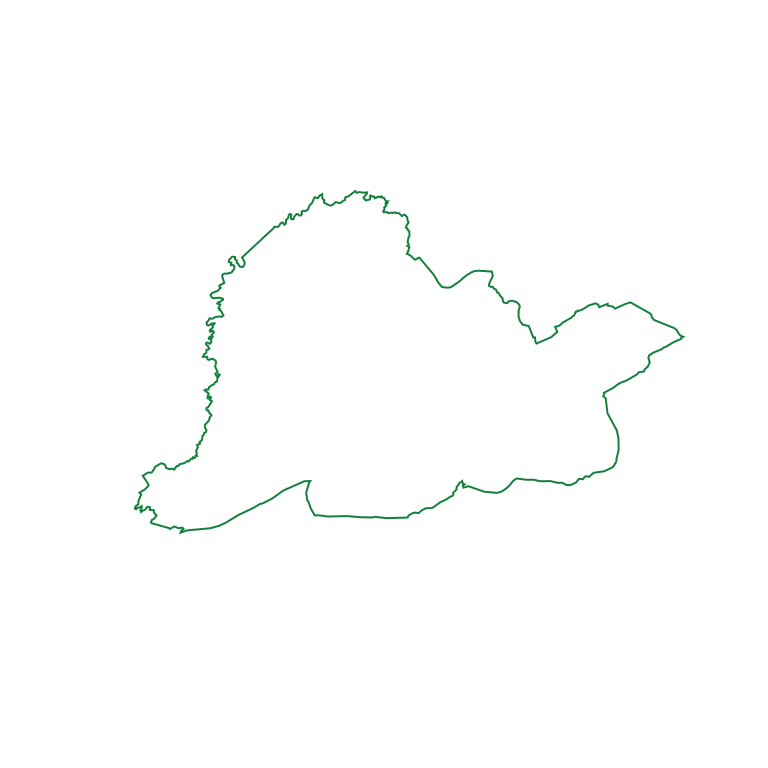 Kong Krailat, Sukhothai, Thailand, rotated 237°
{"feature_id": "78962969B68558189238203", "entity_name": "Kong Krailat", "entity_type": "district", "adm_level": 2, "iso_a3": "THA", "parent_name": "Thailand", "parent_adm1": "Sukhothai", "projection": "equal_earth", "projection_center": [100.025, 16.942], "detail": "fine", "context": "isolated", "style": "outline", "palette": "green", "viewbox_px": 768, "rotation_deg": 237, "n_neighbors": 0, "source": "geoboundaries", "source_scale": "gbopen_adm2", "svg_char_len": 6166}
<svg xmlns="http://www.w3.org/2000/svg" viewBox="0 0 768 768"><g transform="rotate(237 384 384)"><path d="M576.9,435.5L577.1,432.9L576.0,430.0L576.6,428.9L578.0,428.2L578.3,427.2L575.1,422.4L574.2,418.7L571.7,415.2L571.7,412.4L573.2,410.8L573.3,408.7L571.0,407.5L570.6,406.2L571.4,404.9L573.6,404.1L574.1,403.2L573.5,400.5L571.6,398.0L572.3,396.3L573.4,396.1L576.7,398.6L577.9,397.6L577.6,396.3L575.5,394.1L574.8,391.0L572.6,389.7L571.7,388.2L572.1,387.0L574.3,387.2L575.0,386.6L574.9,384.6L573.4,380.7L575.7,377.7L574.9,376.5L567.4,333.8L562.4,333.6L560.0,331.8L559.1,329.8L559.9,328.0L561.5,326.9L564.4,327.2L566.0,326.5L567.9,327.9L569.9,327.0L571.6,328.3L573.5,326.0L572.4,321.5L570.9,320.3L568.9,322.0L567.0,320.3L566.0,322.2L564.8,322.6L563.1,322.0L562.0,320.7L560.6,316.8L562.1,312.3L563.5,310.3L563.7,308.4L562.7,307.0L555.8,305.1L556.2,299.5L555.1,299.0L553.7,299.4L552.9,296.4L552.8,294.4L553.9,289.7L553.3,287.0L550.6,286.7L548.9,287.6L546.0,293.0L543.1,295.4L542.2,294.5L542.5,293.0L542.1,291.5L542.9,289.5L542.3,288.0L539.9,290.0L537.8,286.5L536.7,287.4L535.5,286.2L534.3,287.1L529.0,286.7L528.7,284.4L530.5,282.4L532.1,278.7L532.2,275.4L534.1,273.5L532.8,271.2L532.3,268.7L530.0,267.7L529.0,268.2L528.5,269.2L528.6,272.7L527.1,274.9L526.5,274.0L526.9,272.1L524.5,271.3L524.2,268.0L523.4,266.7L522.4,266.7L522.2,268.7L521.5,269.6L519.8,269.3L519.4,266.5L517.1,266.2L518.6,263.8L517.9,261.9L517.0,261.8L516.7,263.9L516.1,264.3L515.4,262.9L513.9,262.4L512.6,260.9L512.6,259.7L514.9,258.8L515.1,256.9L513.7,256.2L512.1,257.0L508.7,256.7L508.5,255.7L509.4,253.8L506.9,251.9L506.9,249.3L505.4,246.9L503.1,250.5L501.2,249.5L499.7,250.0L498.8,253.7L495.5,255.5L493.7,255.0L490.3,251.7L484.9,251.1L484.5,250.5L484.5,248.1L481.6,247.9L482.2,250.8L481.2,251.3L479.8,247.8L477.0,245.2L477.5,243.3L476.3,241.1L476.9,239.3L476.5,237.4L476.7,235.6L475.0,233.7L476.6,231.3L476.5,230.1L471.4,231.8L469.2,228.8L467.9,228.3L467.3,229.0L468.3,231.1L467.1,231.8L465.4,229.3L463.4,230.3L460.9,225.4L460.3,223.1L460.5,222.0L459.0,221.1L457.6,221.5L457.3,222.3L454.1,221.7L453.0,222.4L451.7,222.2L450.9,219.4L449.7,218.7L448.6,216.9L447.2,211.4L444.2,209.9L442.1,210.1L440.7,208.5L440.9,206.5L439.5,205.1L439.3,203.5L436.1,200.7L435.8,197.6L434.1,197.3L434.7,193.9L432.3,193.5L430.3,190.1L427.6,189.1L426.9,188.2L425.6,188.1L426.4,186.8L425.5,186.2L425.1,184.8L426.6,183.9L425.5,182.6L426.4,181.6L425.4,178.0L426.5,177.4L426.4,173.3L428.1,168.7L427.3,167.0L428.1,165.5L426.5,161.4L428.1,160.7L429.7,157.3L432.4,155.6L434.7,156.3L436.5,156.0L438.9,154.0L439.2,146.5L438.0,145.3L436.3,140.9L438.3,137.6L438.4,131.7L429.3,131.8L427.0,131.2L425.8,126.0L426.1,119.8L423.7,120.3L419.6,114.3L416.8,112.4L416.9,109.6L415.6,107.4L414.8,107.3L413.9,108.1L414.5,109.7L413.5,111.7L413.4,114.3L412.3,113.6L410.5,110.7L408.8,110.6L409.2,112.6L408.7,115.8L409.9,118.3L408.1,120.6L406.0,119.0L403.6,122.1L401.2,121.0L397.6,121.7L396.2,117.8L396.4,115.2L394.9,113.1L393.6,113.5L380.3,125.2L379.1,125.4L378.6,130.6L375.0,133.2L373.2,136.7L371.7,137.0L371.1,133.5L370.1,132.4L368.6,138.9L357.7,159.6L354.9,168.4L353.9,175.3L353.4,190.5L351.2,207.2L350.9,214.9L350.0,217.0L348.8,228.1L349.5,241.6L345.8,264.2L342.8,269.3L341.9,267.3L335.2,259.5L328.2,256.3L325.7,256.4L319.0,254.7L311.4,254.4L309.6,257.6L303.4,264.8L293.6,280.7L284.5,292.5L278.4,301.6L277.7,303.8L270.0,313.2L259.1,331.1L260.3,333.0L260.2,336.9L259.4,339.8L256.9,342.7L257.5,347.3L256.9,351.6L254.1,356.1L253.7,357.8L254.2,366.3L253.2,374.1L253.5,378.2L252.8,380.1L253.3,381.8L254.9,382.4L256.1,387.3L258.1,388.9L258.9,391.6L260.2,393.5L259.6,395.0L260.0,396.7L257.3,395.8L255.9,396.9L255.9,394.9L253.9,394.1L252.2,399.2L239.1,409.4L231.1,419.5L229.7,424.2L229.8,429.3L230.3,432.9L232.4,439.6L232.6,443.7L226.4,450.9L222.2,457.4L217.4,462.0L211.9,470.7L206.4,476.0L204.0,479.8L200.1,481.9L197.8,485.0L196.8,491.4L198.3,495.9L195.8,499.0L196.8,501.6L196.8,502.6L195.9,504.2L194.4,505.3L195.4,511.4L190.9,521.1L189.7,530.1L190.1,532.0L192.6,536.8L194.9,538.5L200.9,544.9L211.0,551.2L218.4,554.0L237.8,555.5L251.3,562.2L254.2,561.2L256.2,563.7L256.8,563.7L256.0,573.3L256.4,582.0L254.9,589.2L254.2,601.7L255.1,604.0L252.9,608.9L254.5,610.9L254.8,614.5L257.3,618.6L262.0,620.0L263.6,621.9L263.6,627.1L261.9,635.9L262.3,638.3L261.7,640.6L261.3,650.3L260.0,657.3L260.6,657.9L260.6,660.7L262.6,659.2L265.4,658.6L269.9,658.9L272.9,657.8L290.5,645.4L294.1,645.0L296.8,646.0L298.6,645.4L318.3,635.1L319.9,628.6L321.3,618.8L324.0,618.3L327.9,614.3L329.4,615.2L331.2,606.3L333.7,606.9L336.4,605.4L338.3,598.9L338.4,590.9L339.4,586.6L340.0,586.4L339.7,584.7L340.2,584.2L338.0,580.8L337.6,576.8L338.2,567.1L337.5,565.0L337.7,561.7L338.7,558.7L333.3,557.6L332.6,551.7L332.1,550.3L334.9,533.9L337.7,534.3L340.8,536.0L341.7,534.5L353.7,537.0L358.2,532.6L362.9,532.3L367.5,533.7L372.1,536.8L374.9,540.0L377.0,540.6L380.5,539.8L384.1,536.7L385.5,533.3L384.8,532.1L384.9,531.0L386.9,528.9L389.3,528.9L391.3,530.2L394.2,529.5L398.2,529.8L399.0,528.7L402.0,529.4L404.3,528.0L405.8,528.3L408.0,525.9L409.1,525.5L411.0,527.0L415.3,534.1L419.6,535.6L427.4,525.2L429.4,521.4L430.0,518.3L430.2,512.1L428.9,501.9L428.8,492.8L429.9,490.1L433.7,485.5L438.8,484.8L448.8,485.2L470.6,482.5L471.3,480.0L471.0,478.5L471.4,477.6L477.6,476.1L480.8,474.1L482.0,476.4L485.3,480.0L487.0,478.8L487.5,480.7L490.1,481.1L493.6,484.4L494.3,486.1L498.4,488.4L500.3,487.7L501.4,488.4L503.2,487.5L505.0,489.7L505.9,492.4L509.7,493.3L511.0,494.3L514.6,493.7L515.1,492.7L515.0,490.5L519.1,489.6L520.7,487.2L522.0,486.8L522.7,484.4L524.2,482.8L524.9,480.6L526.7,480.0L528.1,477.3L529.3,477.3L530.0,479.4L532.0,480.3L532.0,482.3L533.6,483.1L533.5,484.4L533.9,485.4L535.0,484.1L535.5,484.6L535.5,486.3L536.3,485.3L540.4,485.3L541.1,484.0L542.9,484.1L542.9,482.1L544.3,481.3L544.7,477.5L546.5,477.9L547.0,476.7L549.4,475.5L549.2,474.5L547.4,473.8L546.5,472.5L548.0,468.6L551.4,468.2L553.0,473.4L553.9,474.2L555.4,471.3L558.4,467.8L559.2,465.2L561.5,465.0L560.8,456.5L561.6,453.2L559.5,451.5L559.9,449.4L559.5,446.4L559.9,445.4L562.8,442.6L562.2,437.6L563.3,435.6L568.7,432.5L569.6,432.7L570.5,434.1L573.3,433.4L576.9,435.5Z" fill="none" stroke="#15803d" stroke-width="2"/></g></svg>